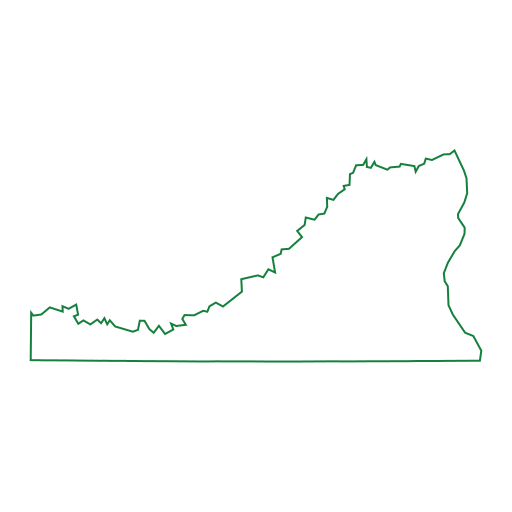 Sioux, North Dakota, United States of America (orthographic projection)
{"feature_id": "52423323B40893510468024", "entity_name": "Sioux", "entity_type": "district", "adm_level": 2, "iso_a3": "USA", "parent_name": "United States of America", "parent_adm1": "North Dakota", "projection": "orthographic", "projection_center": [-101.23, 46.186], "detail": "fine", "context": "isolated", "style": "outline", "palette": "green", "viewbox_px": 512, "rotation_deg": 0, "n_neighbors": 0, "source": "geoboundaries", "source_scale": "gbopen_adm2", "svg_char_len": 2010}
<svg xmlns="http://www.w3.org/2000/svg" viewBox="0 0 512 512"><path d="M30.7,360.1L32.7,360.2L33.5,360.2L38.2,360.2L43.2,360.3L64.5,360.4L74.8,360.5L80.8,360.6L92.4,360.7L93.7,360.7L100.9,360.8L101.2,360.8L101.5,360.8L103.2,360.7L111.9,360.9L113.9,360.9L118.3,360.9L126.4,360.9L126.8,361.0L133.7,361.0L142.5,361.1L162.6,361.2L164.1,361.2L205.6,361.5L219.5,361.3L220.4,361.4L222.1,361.4L231.6,361.4L237.8,361.4L245.6,361.4L250.4,361.4L264.7,361.5L270.9,361.5L278.3,361.5L279.3,361.5L280.7,361.5L283.1,361.5L288.3,361.5L289.4,361.5L300.2,361.5L301.8,361.5L338.3,361.3L339.5,361.4L343.2,361.4L350.9,361.4L351.9,361.4L365.6,361.3L402.0,361.2L404.3,361.2L407.8,361.2L416.8,361.0L437.9,361.0L444.9,360.9L479.9,360.7L481.3,350.7L473.3,336.0L465.1,332.7L452.9,314.7L448.5,305.2L447.8,286.2L444.7,281.3L443.8,273.2L447.9,262.7L454.8,251.0L459.8,245.4L464.5,233.9L464.7,227.7L458.2,218.0L458.0,214.1L464.3,202.5L467.2,193.2L466.5,178.3L463.9,170.5L454.5,150.5L449.7,154.2L443.6,154.4L431.9,160.0L425.8,158.6L424.2,163.7L418.8,166.0L415.7,171.7L414.4,166.1L400.9,163.9L399.6,166.6L390.1,167.4L387.4,169.7L375.7,165.1L374.4,161.8L370.9,167.8L366.9,167.0L366.4,159.2L363.2,164.9L356.1,165.3L353.1,172.8L350.0,174.1L349.5,184.9L343.7,185.9L344.7,189.3L338.1,193.8L333.4,199.9L326.9,197.9L327.2,206.8L324.3,213.6L318.6,214.5L314.5,219.7L305.8,217.5L304.6,225.0L297.2,230.9L302.0,237.1L289.0,248.8L281.6,249.4L280.7,253.8L272.5,257.3L275.1,272.5L268.4,269.3L263.3,277.3L257.8,275.4L241.3,279.2L241.9,291.6L223.0,306.5L215.8,302.6L209.5,306.3L207.3,311.7L203.2,310.8L194.1,315.3L184.5,315.1L182.3,318.9L185.8,324.8L176.2,326.0L171.1,323.6L173.3,329.5L165.1,334.0L158.9,325.8L153.7,332.8L149.4,329.1L144.5,320.8L139.8,320.7L138.0,329.8L132.9,331.7L115.2,326.5L109.8,320.3L107.2,324.3L104.4,318.2L101.1,323.2L97.3,319.6L90.3,324.4L83.4,320.4L78.3,323.8L73.9,316.3L78.1,314.7L76.2,304.6L68.6,308.8L62.5,306.2L62.7,311.6L49.8,307.4L41.3,314.5L33.3,315.6L31.2,312.8L30.7,360.1Z" fill="none" stroke="#15803d" stroke-width="2"/></svg>